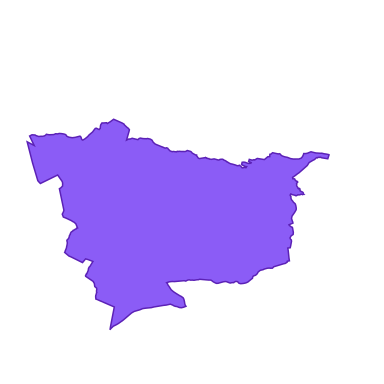 San Nicolás de los Ranchos, Puebla, Mexico (Albers equal-area conic projection), rotated 341°
{"feature_id": "50627088B88938023888271", "entity_name": "San Nicolás de los Ranchos", "entity_type": "district", "adm_level": 2, "iso_a3": "MEX", "parent_name": "Mexico", "parent_adm1": "Puebla", "projection": "albers", "projection_center": [-98.533, 19.087], "detail": "fine", "context": "isolated", "style": "filled", "palette": "violet", "viewbox_px": 384, "rotation_deg": 341, "n_neighbors": 0, "source": "geoboundaries", "source_scale": "gbopen_adm2", "svg_char_len": 5970}
<svg xmlns="http://www.w3.org/2000/svg" viewBox="0 0 384 384"><g transform="rotate(341 192 192)"><path d="M51.9,207.7L54.8,212.5L56.5,214.0L65.5,223.1L69.6,220.6L71.8,222.1L75.7,225.4L71.2,229.2L70.5,229.4L69.3,230.5L68.3,232.4L66.2,234.7L65.6,234.9L65.4,235.1L65.4,235.5L64.7,235.8L64.2,236.2L64.0,237.1L69.6,244.6L69.5,245.3L69.9,246.6L69.4,249.0L69.3,249.8L70.5,251.8L70.2,253.2L69.6,254.2L69.3,255.1L69.2,256.1L68.9,256.2L68.1,257.5L67.3,258.5L66.7,259.9L66.6,260.5L66.6,261.0L66.2,261.8L81.1,275.4L71.2,292.6L69.6,295.6L70.8,294.7L73.9,293.3L77.5,292.8L79.9,292.3L85.3,290.7L95.4,286.7L98.5,286.1L104.3,286.4L107.4,286.2L110.6,286.8L115.9,288.1L118.6,288.3L128.1,289.9L130.7,290.5L135.0,291.0L137.0,292.7L137.6,293.5L138.9,294.6L140.6,295.5L142.4,297.1L144.3,298.0L146.6,298.2L149.1,298.1L148.7,296.5L148.8,295.3L149.2,293.0L149.4,290.7L149.2,289.2L147.9,287.3L146.6,286.0L143.5,282.2L142.0,280.2L140.5,277.7L139.5,273.7L139.0,272.1L138.9,270.5L138.5,269.5L141.2,269.5L142.6,269.8L144.2,270.2L146.3,271.0L155.7,273.3L157.1,274.2L159.2,273.9L160.8,274.1L161.7,274.8L163.9,275.5L165.1,276.1L168.2,276.6L169.3,277.0L170.8,277.0L179.1,280.7L180.8,281.3L181.5,281.8L182.9,283.9L184.7,285.8L185.5,286.4L186.9,286.8L192.3,287.1L194.4,287.5L195.4,288.0L198.0,290.2L198.8,290.6L199.6,290.6L200.9,290.9L202.0,291.3L202.8,290.9L204.2,290.8L205.3,291.2L206.0,291.8L206.6,293.4L207.3,294.0L208.3,294.6L210.9,295.2L213.3,295.5L215.6,295.3L220.3,293.5L221.0,293.4L221.6,292.3L222.6,291.4L225.1,291.4L227.1,290.5L228.3,289.3L230.3,288.5L231.3,288.3L234.0,288.6L235.2,288.4L238.4,288.6L240.1,289.0L241.6,289.7L243.3,290.2L244.9,289.3L255.4,289.7L257.0,289.9L259.2,289.3L259.5,288.5L261.7,288.8L262.2,286.0L263.9,278.7L264.3,276.2L266.7,276.7L267.9,274.8L270.1,270.9L270.3,269.6L269.7,268.4L269.7,267.3L271.5,265.7L273.8,265.1L274.7,263.1L274.9,261.7L275.4,258.6L275.3,257.9L274.7,257.6L274.3,257.0L273.2,255.3L273.0,254.6L275.1,254.4L277.3,254.3L277.5,253.2L277.4,252.1L277.5,249.4L278.7,247.4L282.4,244.7L284.7,242.7L285.3,241.3L285.7,238.9L285.8,237.0L285.3,235.9L284.6,234.8L284.2,233.2L283.6,231.8L283.5,230.3L284.1,228.3L283.8,227.6L283.7,227.3L284.0,226.6L284.8,226.0L285.5,226.7L285.7,227.0L287.2,227.9L287.4,228.1L288.5,228.7L288.6,229.1L288.9,229.3L289.5,229.5L291.2,229.1L291.5,229.2L292.1,229.6L293.4,229.8L294.0,229.6L294.7,229.7L295.6,230.5L296.2,230.4L296.9,230.6L296.7,230.2L296.9,229.5L296.9,228.9L296.7,228.4L296.2,227.7L295.8,227.4L295.3,227.1L295.1,226.5L294.6,226.1L294.9,225.0L295.0,223.9L294.9,223.7L294.5,223.5L294.0,223.8L293.7,223.6L293.5,223.2L293.4,222.9L293.6,222.4L293.2,221.3L293.0,220.3L293.1,219.7L293.5,219.0L293.5,218.2L293.7,217.9L295.1,217.2L295.2,216.9L295.1,216.4L294.9,216.2L294.7,216.0L294.2,215.9L293.8,214.8L293.5,214.5L293.3,213.7L293.3,213.0L291.6,212.3L291.7,211.7L292.0,211.3L291.9,210.9L293.1,210.6L294.5,210.2L295.2,210.0L297.8,209.1L299.4,208.7L309.6,204.5L312.3,202.3L316.7,201.4L318.4,201.2L320.4,200.3L321.3,200.1L321.7,200.6L322.6,200.3L323.4,200.6L323.7,200.6L324.1,200.9L324.7,200.9L324.9,201.2L325.4,201.4L326.0,202.1L326.4,202.2L331.2,204.8L332.5,203.0L334.1,201.0L333.7,201.3L331.4,199.9L329.4,198.9L327.4,197.6L325.8,197.1L321.8,195.4L319.1,193.7L317.6,192.7L313.8,192.9L312.2,192.7L310.2,192.0L309.3,193.2L308.0,194.5L306.4,195.5L303.8,195.6L298.5,193.8L296.1,192.5L293.5,190.3L291.1,188.9L289.2,187.4L288.3,186.4L287.8,184.9L287.0,184.2L286.3,184.2L285.3,183.7L281.0,181.1L278.8,181.9L277.9,181.7L277.0,183.9L275.2,183.3L271.0,184.9L264.6,181.5L261.7,182.1L261.1,181.6L260.1,181.6L259.1,181.4L256.8,179.8L255.5,181.6L257.5,183.5L256.9,184.0L256.1,183.4L255.7,183.7L254.3,183.2L251.9,181.2L250.7,180.6L249.5,180.3L249.1,180.2L247.8,182.2L248.8,183.4L250.2,184.7L251.1,185.5L251.9,185.8L251.0,186.6L249.4,185.8L247.9,185.7L247.3,185.5L246.6,183.8L245.5,182.1L244.4,182.2L243.2,181.8L242.0,180.7L239.3,178.8L237.6,177.8L236.6,176.8L235.9,175.9L235.3,175.3L235.3,175.1L234.7,174.8L234.4,174.0L233.5,173.0L232.6,172.3L232.3,171.6L231.7,171.2L231.3,170.8L230.6,170.7L230.3,170.5L230.0,170.4L229.4,170.5L229.1,170.3L228.6,170.3L228.2,170.5L227.2,170.3L225.4,169.0L223.7,167.9L220.8,167.4L220.0,166.9L219.2,166.6L218.9,165.9L218.6,165.9L217.0,165.0L217.0,164.5L216.6,164.5L216.3,164.3L216.0,163.7L215.6,163.8L209.9,162.8L209.0,162.0L208.2,159.3L208.4,158.5L207.5,158.2L204.9,155.3L204.4,153.9L203.9,153.2L201.0,151.2L199.8,151.5L198.7,151.5L195.3,150.3L193.0,149.3L191.9,149.2L191.3,148.7L190.4,149.0L188.5,148.1L187.9,147.7L186.4,147.4L184.7,146.1L183.5,143.6L183.3,142.7L182.3,141.9L180.9,141.8L172.9,134.8L171.5,132.3L171.1,130.0L169.9,128.5L167.4,126.9L166.6,126.9L164.7,126.2L163.0,125.5L160.7,124.2L159.4,124.2L157.9,124.9L152.9,121.7L150.9,121.8L149.3,121.3L147.0,121.6L152.4,113.9L153.1,112.7L152.5,111.0L151.6,109.7L149.9,106.5L149.9,105.8L148.5,104.1L141.6,97.7L137.8,98.9L134.2,99.7L133.8,98.7L130.7,97.9L129.3,97.4L127.5,98.8L126.8,100.0L126.0,101.9L124.5,102.7L122.4,100.6L121.3,100.4L120.1,101.1L117.5,102.9L113.3,104.5L111.5,105.6L108.3,106.8L106.1,107.3L105.3,107.2L104.8,106.0L104.9,104.9L104.8,103.7L104.6,103.1L104.2,102.7L99.4,102.3L96.5,101.7L93.3,100.0L91.7,98.4L91.5,97.1L90.7,96.1L89.3,95.2L87.2,94.1L85.5,93.4L83.8,93.3L82.0,92.5L80.1,92.7L75.6,91.4L74.1,90.6L73.1,90.0L72.5,90.4L71.7,90.7L70.7,90.9L68.8,90.7L67.2,90.1L65.1,89.6L62.9,87.9L62.2,87.0L59.3,85.8L56.7,86.2L57.9,96.6L52.5,90.9L50.7,112.7L49.9,131.1L50.3,132.2L51.4,134.6L70.5,132.2L72.6,139.5L72.7,140.5L72.4,142.0L71.5,144.3L69.2,145.4L67.7,145.7L65.0,167.0L64.8,167.9L64.3,168.4L63.7,169.2L62.1,170.7L62.2,173.8L64.5,175.8L68.6,179.8L69.5,181.0L70.6,182.1L71.8,184.2L72.1,188.7L71.6,188.6L71.1,188.6L70.7,189.1L69.3,189.2L68.6,189.5L67.0,189.6L66.6,190.1L64.8,190.5L64.3,190.9L63.5,191.6L63.1,192.5L62.5,192.8L62.0,193.2L61.3,194.4L60.6,195.3L59.9,195.9L58.1,196.8L57.8,197.4L57.7,199.0L57.2,200.3L56.3,201.9L55.7,202.8L55.2,203.8L54.4,204.8L53.2,206.1L52.7,206.9L51.9,207.7Z" fill="#8b5cf6" stroke="#5b21b6" stroke-width="1.5"/></g></svg>